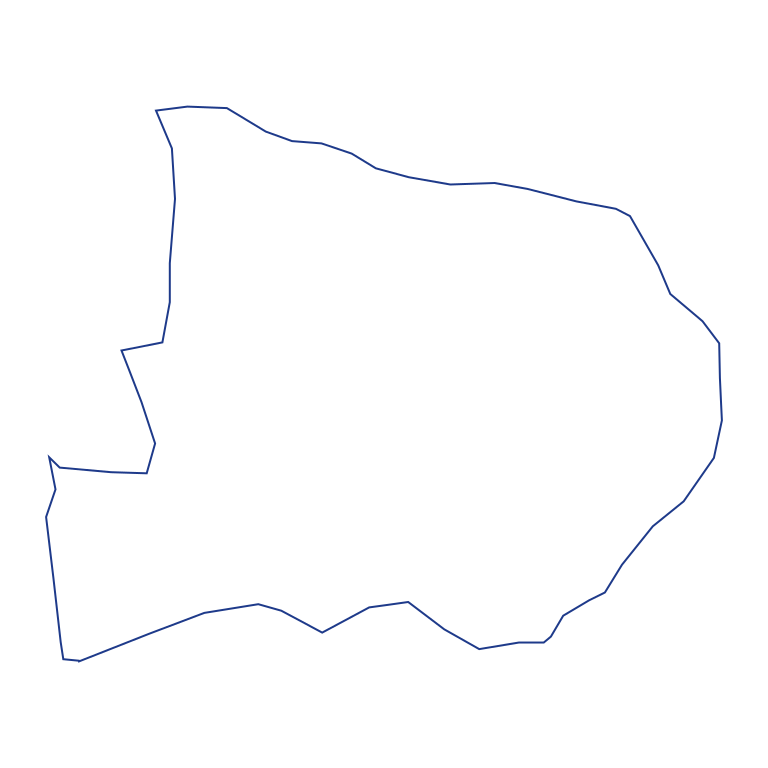 Trachoni Lemesou, Cyprus (Equal Earth projection)
{"feature_id": "46923920B27703418530208", "entity_name": "Trachoni Lemesou", "entity_type": "district", "adm_level": 2, "iso_a3": "CYP", "parent_name": "Cyprus", "parent_adm1": "", "projection": "equal_earth", "projection_center": [32.957, 34.656], "detail": "fine", "context": "isolated", "style": "outline", "palette": "blue", "viewbox_px": 768, "rotation_deg": 0, "n_neighbors": 0, "source": "geoboundaries", "source_scale": "gbopen_adm2", "svg_char_len": 873}
<svg xmlns="http://www.w3.org/2000/svg" viewBox="0 0 768 768"><path d="M79.0,661.4L149.3,633.7L204.3,612.9L258.3,604.2L281.3,610.7L322.2,632.6L369.2,607.4L388.3,604.8L408.2,602.0L444.2,629.3L479.2,649.1L519.1,642.5L543.8,642.5L550.9,636.6L563.2,615.7L589.3,600.2L604.9,592.5L622.0,564.7L652.8,526.3L683.7,501.3L713.9,457.9L721.9,420.4L721.2,406.0L719.9,377.8L719.2,343.3L702.5,321.2L670.3,294.0L658.2,265.3L630.0,216.1L615.9,208.8L576.4,201.4L527.4,188.9L494.5,183.0L450.3,184.5L408.7,177.2L375.8,168.3L351.7,153.6L321.5,143.4L292.0,141.1L265.8,131.6L226.9,108.1L187.4,106.6L156.0,110.6L171.9,148.4L175.0,198.9L169.8,263.2L169.8,302.2L162.4,342.4L121.5,350.5L129.0,369.7L141.5,402.1L155.1,443.5L146.7,473.3L111.1,472.2L59.7,467.6L49.2,457.3L55.5,489.4L46.1,517.0L53.4,577.9L60.7,642.2L63.3,659.2L78.8,660.7L79.0,661.4Z" fill="none" stroke="#1e3a8a" stroke-width="2"/></svg>